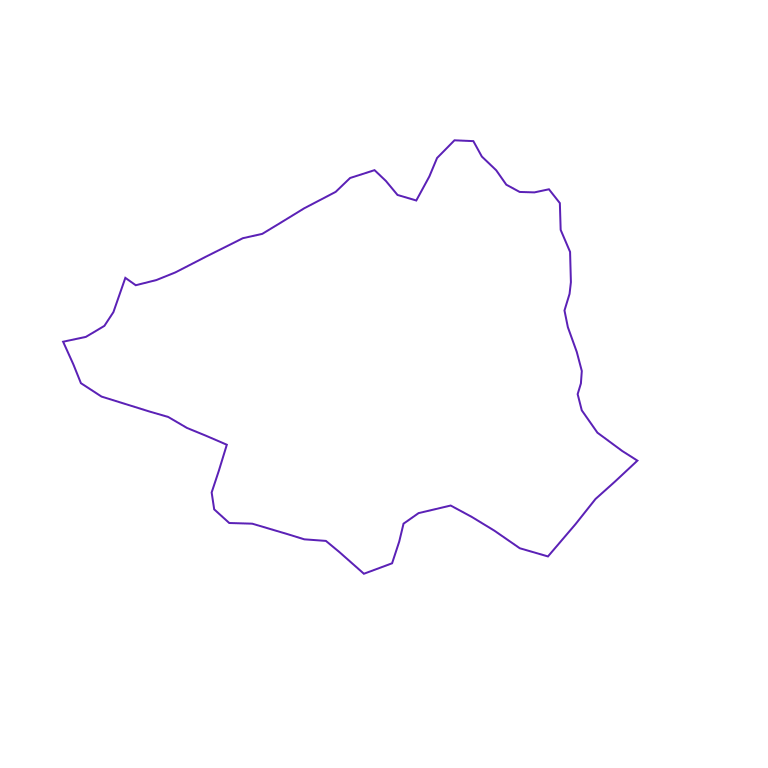 the district of Agkomi Ammochostou, Cyprus, rotated 55°
{"feature_id": "46923920B44802407724135", "entity_name": "Agkomi Ammochostou", "entity_type": "district", "adm_level": 2, "iso_a3": "CYP", "parent_name": "Cyprus", "parent_adm1": "", "projection": "orthographic", "projection_center": [33.885, 35.158], "detail": "fine", "context": "isolated", "style": "outline", "palette": "violet", "viewbox_px": 768, "rotation_deg": 55, "n_neighbors": 0, "source": "geoboundaries", "source_scale": "gbopen_adm2", "svg_char_len": 1089}
<svg xmlns="http://www.w3.org/2000/svg" viewBox="0 0 768 768"><g transform="rotate(55 384 384)"><path d="M236.3,171.5L224.8,186.5L229.3,210.9L240.0,227.8L252.2,252.3L236.9,264.5L218.7,266.0L203.4,269.1L195.8,293.6L198.9,313.4L194.3,348.6L192.8,373.1L191.2,397.6L183.6,416.0L177.5,457.3L172.9,491.0L168.3,510.8L160.7,530.7L148.7,535.0L169.9,564.4L176.0,579.7L174.4,601.2L165.3,622.6L189.7,627.2L209.5,631.8L232.3,622.6L252.1,607.3L271.9,592.0L287.2,579.7L307.0,570.6L323.8,559.8L343.6,547.6L360.3,569.0L374.0,587.4L389.3,595.0L409.1,590.5L422.8,572.1L451.7,549.1L465.5,538.4L479.2,521.6L495.9,517.0L527.9,509.3L535.5,480.2L521.8,461.9L509.6,448.1L509.6,429.7L521.8,399.1L543.1,388.4L567.5,377.7L596.4,367.0L619.3,348.6L608.6,307.3L599.5,276.7L596.4,250.7L592.1,220.4L575.5,227.3L560.9,232.2L546.3,237.1L519.0,237.1L503.4,231.2L496.5,222.4L486.8,214.5L468.3,207.7L442.9,200.8L427.3,194.0L416.6,180.3L407.8,172.5L382.5,155.8L359.1,150.9L336.7,136.2L319.1,137.2L313.3,150.9L304.5,162.7L290.9,169.5L273.3,169.5L253.8,173.4L236.3,171.5Z" fill="none" stroke="#5b21b6" stroke-width="2"/></g></svg>